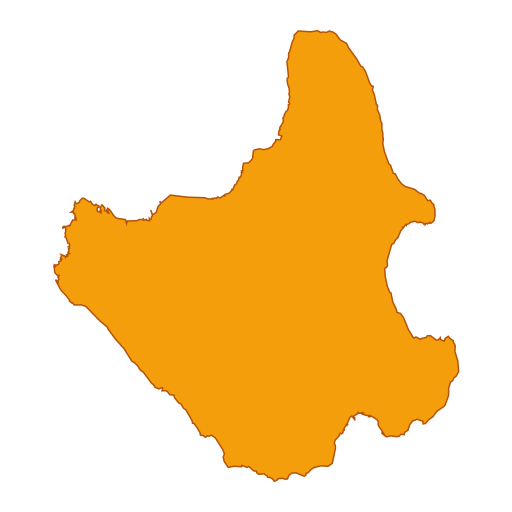 the district of Siquijor, Siquijor, Philippines
{"feature_id": "2640588B8507173896697", "entity_name": "Siquijor", "entity_type": "district", "adm_level": 2, "iso_a3": "PHL", "parent_name": "Philippines", "parent_adm1": "Siquijor", "projection": "equal_earth", "projection_center": [123.577, 9.198], "detail": "fine", "context": "isolated", "style": "filled", "palette": "amber", "viewbox_px": 512, "rotation_deg": 0, "n_neighbors": 0, "source": "geoboundaries", "source_scale": "gbopen_adm2", "svg_char_len": 5984}
<svg xmlns="http://www.w3.org/2000/svg" viewBox="0 0 512 512"><path d="M396.4,436.7L399.2,436.2L400.9,434.2L404.2,434.7L404.7,432.3L407.9,430.3L409.9,424.4L412.6,421.0L417.1,419.3L423.0,421.3L423.1,423.9L425.4,423.5L428.7,419.7L432.7,416.9L437.2,411.0L443.9,406.5L445.2,404.8L448.6,395.3L448.7,387.9L450.5,382.2L452.7,380.6L453.9,377.8L456.1,376.2L458.7,371.6L457.8,360.9L454.9,351.5L455.2,345.6L453.1,341.5L453.3,340.8L449.5,338.0L448.3,336.3L445.3,338.3L444.2,341.2L441.4,340.0L440.3,339.0L440.3,337.7L438.0,340.1L436.0,339.9L430.5,335.7L427.5,335.7L425.9,337.6L421.8,338.3L420.5,339.3L415.9,337.0L414.0,338.0L413.3,337.6L408.4,329.6L403.5,317.6L400.4,313.4L397.0,312.4L396.3,309.4L392.7,301.7L391.0,293.0L389.6,292.0L387.3,286.3L385.2,276.2L384.7,268.5L386.6,267.2L387.5,265.5L387.0,260.8L391.7,244.5L393.7,243.4L395.3,240.3L398.0,237.4L400.8,230.6L403.1,228.1L402.7,227.3L404.0,227.0L405.6,224.5L406.3,225.4L407.1,224.2L408.8,223.8L410.2,222.4L415.0,221.2L418.0,222.7L419.7,222.1L422.6,222.6L423.8,224.1L424.9,223.7L425.1,224.7L426.0,223.3L427.5,223.9L429.5,222.4L430.1,223.3L431.4,223.0L434.1,220.5L435.0,215.6L434.9,209.2L433.6,205.3L433.9,204.7L432.1,203.2L430.3,200.2L427.6,200.6L424.4,195.4L420.9,193.3L419.8,193.5L414.5,189.3L404.9,186.4L401.5,183.7L397.7,178.8L395.3,173.9L393.2,173.2L390.5,165.2L388.9,164.0L384.4,151.7L382.8,143.5L383.4,138.3L382.9,137.7L382.8,132.8L381.8,129.7L381.9,123.3L380.8,121.6L379.8,115.2L377.3,109.4L377.6,105.3L376.4,104.5L374.3,94.7L372.5,90.1L373.2,86.4L371.3,85.6L369.5,82.4L365.4,71.3L362.7,67.1L360.8,66.2L356.6,58.8L348.4,47.5L346.6,43.5L340.1,39.8L336.1,34.2L333.2,32.2L329.5,31.0L326.5,32.4L322.5,32.0L321.1,32.6L317.5,30.7L310.5,31.8L298.3,31.0L294.2,35.1L294.0,38.5L292.4,41.5L289.5,51.8L288.6,53.1L288.6,57.7L286.9,61.7L288.5,76.7L287.2,78.8L287.1,80.1L287.6,84.1L289.2,88.5L289.4,92.6L288.9,94.0L289.8,96.9L288.5,102.2L289.7,103.3L289.3,104.4L288.3,104.9L288.5,107.0L287.6,110.3L286.0,111.5L284.3,114.7L284.1,116.6L282.9,117.8L283.4,121.5L279.6,128.1L280.2,129.7L279.1,130.3L278.5,134.8L281.8,136.1L280.4,139.7L275.7,139.6L275.7,141.2L273.0,144.6L272.8,146.0L268.5,148.5L264.0,149.6L259.1,148.8L254.3,150.0L253.3,151.2L252.5,158.8L248.6,162.8L243.5,163.3L242.6,167.5L242.9,170.5L241.7,170.7L242.4,172.1L241.3,172.2L241.6,173.8L240.7,177.1L239.2,177.2L238.4,180.4L237.5,181.0L236.4,183.8L234.8,184.9L232.7,189.8L232.0,189.3L231.4,190.9L228.8,193.3L224.9,194.5L224.7,196.0L223.8,195.4L220.3,197.9L217.4,197.0L216.6,198.4L214.5,198.0L212.9,199.0L212.1,198.3L211.6,199.0L208.4,198.9L204.3,197.7L187.6,197.2L170.4,195.1L161.7,202.5L160.7,202.9L159.8,201.1L160.7,203.6L158.0,206.6L156.2,212.3L154.9,213.4L152.5,214.7L150.7,210.0L152.5,215.6L151.5,216.7L151.1,219.0L150.0,219.6L149.4,218.7L149.5,220.7L146.6,220.4L146.5,219.4L143.8,220.2L143.3,218.8L142.4,219.6L139.4,219.5L136.8,220.7L127.3,221.0L126.6,223.6L125.5,219.6L116.4,218.2L113.8,215.7L109.8,209.8L107.7,208.2L106.6,210.4L108.3,211.2L107.9,211.6L108.7,213.1L107.9,213.0L107.2,212.3L107.5,211.5L105.0,210.7L104.5,208.6L104.9,208.1L102.1,204.8L100.2,207.4L100.5,210.1L101.4,210.8L100.9,213.0L99.5,211.3L98.0,211.8L97.0,210.4L97.4,207.8L99.0,207.0L98.7,205.7L97.6,205.7L96.0,204.2L94.9,205.5L92.5,204.5L90.6,201.3L89.3,201.9L84.1,198.4L82.4,198.1L79.6,201.0L79.4,202.3L77.1,203.6L76.3,203.6L75.2,201.8L74.2,205.4L75.0,206.3L74.3,207.4L74.6,208.2L73.7,208.9L73.6,210.2L71.2,212.2L73.2,212.1L73.8,212.6L73.6,213.5L74.8,214.1L75.2,215.6L74.8,216.0L75.8,217.5L75.1,217.9L75.9,218.3L75.8,219.0L75.2,218.4L75.0,219.1L75.9,220.0L72.7,220.0L69.6,226.0L68.9,225.4L66.9,226.5L63.9,226.3L62.7,227.4L63.0,228.2L65.2,227.1L65.7,228.0L65.7,231.8L65.1,232.9L65.6,236.3L64.9,236.9L65.9,237.4L68.1,243.5L69.2,243.4L69.5,244.2L69.7,245.8L68.3,246.8L69.1,247.1L69.5,248.4L68.4,248.9L68.9,250.7L68.0,252.4L69.5,253.5L68.1,254.2L67.3,253.6L68.0,254.3L67.8,255.3L66.8,255.0L67.4,256.4L65.7,256.3L65.4,257.3L64.5,255.9L61.1,254.6L61.8,255.7L60.5,257.8L61.5,258.8L60.6,259.3L61.6,259.7L61.3,260.6L59.1,261.5L58.7,261.0L59.1,263.0L58.4,264.5L56.7,264.9L55.4,266.4L55.1,264.9L54.3,264.6L54.1,266.3L53.3,266.2L54.2,266.6L54.7,272.0L55.4,273.4L57.3,275.3L59.1,275.4L58.9,276.6L57.9,277.1L58.8,279.1L57.8,281.1L58.0,282.0L56.1,280.1L55.8,280.5L60.8,290.0L66.2,295.7L69.7,300.3L69.5,301.1L71.8,303.0L72.6,302.8L74.1,304.9L81.2,304.9L85.9,306.4L99.7,320.7L107.7,327.5L107.8,328.7L115.4,339.0L124.2,348.9L131.9,361.3L134.2,362.4L137.6,365.7L140.2,370.0L143.2,372.0L151.7,383.4L153.9,385.1L154.9,387.3L159.0,388.9L162.1,387.5L162.7,388.4L162.0,390.8L165.6,390.7L167.2,391.4L169.8,394.7L173.8,395.2L174.5,397.7L178.8,403.0L181.2,404.2L183.3,408.0L185.8,409.8L190.9,418.5L192.4,421.7L192.5,423.2L194.1,423.5L197.1,427.7L200.3,433.2L200.1,434.4L200.7,435.3L203.0,435.4L205.3,437.3L207.5,435.9L209.2,436.3L211.4,435.1L215.5,438.1L222.9,449.8L224.4,454.0L223.2,457.0L224.2,461.5L228.3,467.4L233.6,466.3L241.1,466.6L241.5,465.9L241.8,466.5L242.6,465.5L247.1,467.5L248.9,466.5L253.7,470.9L256.4,471.1L256.6,472.7L258.8,474.3L263.9,473.8L267.2,476.0L267.9,477.4L269.9,477.4L272.4,478.8L274.4,481.3L277.4,479.9L278.0,478.7L282.6,478.3L285.6,479.3L287.5,478.9L288.8,475.4L292.2,473.0L296.2,472.9L304.1,476.2L305.8,475.3L306.0,473.4L308.0,472.8L310.8,469.7L314.2,467.5L321.3,465.8L328.0,466.3L332.3,463.4L335.5,448.1L335.3,445.4L334.3,443.3L335.1,440.2L339.6,435.4L339.3,434.6L340.2,433.3L341.5,433.9L342.9,432.8L343.2,430.3L344.0,430.2L343.8,430.7L344.4,429.9L344.1,428.4L346.6,424.4L347.0,425.2L347.6,424.5L347.1,423.6L350.1,417.2L351.8,416.0L355.3,420.4L354.3,418.7L354.8,417.8L354.0,417.3L353.8,416.0L357.3,414.0L358.1,412.5L358.4,413.3L361.6,412.9L361.3,413.5L362.7,414.3L362.7,413.0L363.6,412.9L363.8,414.4L365.8,415.4L368.2,415.4L368.4,416.4L369.1,415.8L369.0,416.6L369.9,416.9L370.5,415.7L370.4,416.7L370.8,415.9L372.5,416.7L376.9,419.6L378.5,421.7L378.0,424.1L378.8,426.2L384.7,435.1L382.2,432.5L381.8,433.1L384.8,435.8L386.8,436.8L390.9,435.8L396.4,436.7Z" fill="#f59e0b" stroke="#b45309" stroke-width="1.5"/></svg>